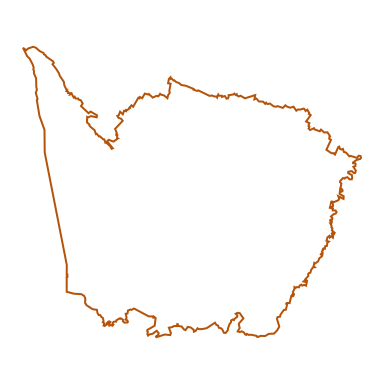 the district of Klaten, Jawa Tengah, Indonesia
{"feature_id": "22746128B24447956326165", "entity_name": "Klaten", "entity_type": "district", "adm_level": 2, "iso_a3": "IDN", "parent_name": "Indonesia", "parent_adm1": "Jawa Tengah", "projection": "robinson", "projection_center": [110.611, -7.675], "detail": "fine", "context": "isolated", "style": "outline", "palette": "amber", "viewbox_px": 384, "rotation_deg": 0, "n_neighbors": 0, "source": "geoboundaries", "source_scale": "gbopen_adm2", "svg_char_len": 5939}
<svg xmlns="http://www.w3.org/2000/svg" viewBox="0 0 384 384"><path d="M23.0,47.8L27.2,56.2L29.7,58.7L32.8,64.8L33.7,67.7L33.3,69.4L34.0,70.8L33.9,73.2L36.1,78.2L36.3,87.0L36.9,89.6L35.8,92.9L37.3,98.1L37.5,99.3L36.8,100.0L39.5,116.0L44.5,129.9L44.7,152.4L66.8,265.0L66.7,274.5L67.4,274.5L67.4,276.9L66.7,276.9L66.7,291.8L73.9,293.7L81.4,294.2L84.2,296.0L85.3,298.4L85.1,302.8L86.5,305.2L92.6,309.2L96.9,309.8L97.5,313.0L98.7,315.0L100.3,315.1L101.3,316.9L102.8,317.9L103.6,321.2L102.8,322.2L104.3,323.5L103.6,325.6L104.5,326.0L106.6,324.6L106.7,323.5L108.0,324.2L107.9,322.0L109.1,321.3L110.4,322.1L109.5,323.3L109.4,325.6L111.4,325.1L112.5,325.7L113.3,324.6L112.4,324.2L113.0,322.4L114.2,321.6L116.1,321.6L116.4,320.3L119.3,318.5L120.0,318.9L120.8,318.3L122.9,319.6L122.9,321.2L124.3,322.6L127.5,322.5L127.9,321.7L127.3,320.3L125.5,319.6L126.6,317.8L125.7,313.8L127.5,313.5L128.0,310.5L130.5,309.5L131.5,309.9L134.0,308.5L148.8,316.4L153.1,316.4L153.3,318.5L153.8,316.6L155.6,318.0L154.7,325.7L147.4,329.9L147.2,331.1L147.8,331.7L147.4,334.3L148.1,335.6L149.3,334.5L152.6,333.8L156.7,330.8L158.7,333.2L158.2,334.8L156.0,336.5L156.4,337.2L164.9,334.5L170.2,335.1L170.9,333.0L168.9,327.7L172.3,327.1L174.1,326.0L176.9,326.1L177.3,324.1L177.9,324.3L177.7,325.9L181.7,326.5L183.8,329.3L185.5,330.1L187.8,326.9L190.6,327.4L193.6,329.7L193.9,331.7L195.5,331.0L197.6,328.3L198.9,329.1L201.9,329.1L206.6,328.2L215.0,322.7L216.4,324.9L218.0,325.5L218.9,327.8L220.9,328.2L222.3,329.4L223.8,332.7L225.6,333.0L227.9,330.1L227.9,328.6L229.6,323.9L230.9,322.5L231.1,320.5L232.7,319.5L233.9,320.1L234.4,319.0L237.3,316.7L237.3,315.3L235.7,313.8L237.4,312.8L239.8,313.2L243.4,318.4L239.1,323.3L238.8,324.3L239.7,328.0L237.7,331.4L239.9,332.1L241.7,331.3L244.2,332.7L245.0,334.3L246.2,334.9L247.0,333.9L248.7,334.9L251.0,334.7L256.7,335.9L256.9,336.7L258.1,337.0L260.4,335.9L265.2,336.0L268.7,333.9L274.0,333.6L277.1,330.4L279.3,326.7L276.9,318.5L277.6,317.1L280.0,316.7L280.5,314.6L283.9,309.9L285.9,309.7L287.2,304.0L286.3,303.7L286.8,303.0L289.6,303.1L291.4,295.7L292.1,294.9L292.8,296.2L293.3,296.0L294.0,294.1L292.9,292.9L292.9,292.1L294.4,288.9L294.5,287.1L295.7,287.9L296.4,287.1L299.0,287.3L299.6,285.6L301.3,284.6L302.2,285.6L304.3,284.9L306.0,285.7L306.8,282.2L303.6,281.5L304.8,280.4L306.3,281.2L306.9,280.7L305.4,279.2L308.4,275.9L308.1,274.1L308.9,273.1L310.4,272.7L311.1,270.0L312.8,267.5L314.8,267.2L313.6,266.0L314.3,263.0L314.9,263.6L318.1,261.4L319.4,258.1L321.8,256.5L321.7,255.1L320.8,254.3L321.2,253.8L322.4,254.6L322.7,252.8L322.0,251.4L323.0,250.1L322.7,249.3L323.4,248.4L324.8,248.8L325.2,246.2L326.9,245.9L327.3,242.8L328.8,241.6L326.5,240.8L327.5,237.3L329.3,235.9L329.8,237.5L331.1,236.3L332.9,237.7L333.1,236.3L331.8,233.5L333.0,232.5L332.9,234.1L333.9,234.3L334.7,232.8L331.9,230.5L332.4,228.3L331.4,227.5L331.6,225.9L330.5,223.8L331.2,224.0L331.8,222.1L330.6,221.6L330.1,220.2L330.5,219.7L331.8,220.2L332.2,219.3L332.4,217.9L331.0,216.5L333.6,214.2L335.8,213.5L336.6,212.1L335.6,210.5L332.7,210.4L332.9,208.7L329.8,207.8L330.3,206.1L332.5,207.2L333.1,205.3L332.5,202.7L331.7,202.6L330.9,203.5L331.1,202.1L331.5,201.5L334.2,202.0L338.4,200.2L339.2,198.7L338.3,196.2L343.5,198.9L343.7,196.3L339.6,193.9L340.0,190.4L341.0,191.8L342.4,191.3L342.6,190.2L341.4,188.6L340.3,188.6L341.4,183.5L340.1,182.3L340.1,181.1L343.0,178.0L344.6,178.6L345.1,177.8L347.4,177.2L349.6,179.3L351.8,179.3L352.2,177.9L351.9,175.1L348.2,173.2L348.3,171.7L351.8,171.1L354.0,173.2L355.3,172.8L355.8,170.7L353.4,166.8L355.4,166.0L355.6,163.9L355.0,163.2L353.1,163.2L353.1,162.4L356.5,160.0L360.3,158.9L361.0,157.8L360.5,156.0L358.6,155.7L357.0,157.9L350.6,155.9L349.4,156.4L346.0,152.5L343.9,152.0L342.9,148.9L341.2,149.5L340.0,148.9L339.2,146.6L338.3,147.0L335.0,154.6L334.3,154.2L334.2,153.2L331.5,153.2L326.4,149.8L331.0,139.8L329.2,138.7L329.5,136.5L330.0,136.4L329.6,135.5L327.4,132.3L324.2,132.5L321.0,129.6L319.8,131.3L314.6,129.4L314.0,128.2L310.1,130.0L308.6,128.6L309.4,126.5L308.4,125.8L309.4,123.1L306.1,121.5L310.7,115.1L308.9,114.0L309.3,113.1L307.3,109.7L305.6,111.0L304.2,108.8L303.3,108.6L300.7,109.5L297.7,109.5L296.3,110.7L293.5,106.7L290.3,107.7L287.2,106.7L285.4,105.3L282.8,107.9L277.5,106.1L276.2,106.7L273.7,106.4L270.0,103.6L267.3,104.0L266.1,102.7L265.2,103.8L263.0,101.6L259.0,101.5L256.3,98.5L254.4,99.3L255.2,95.1L245.0,98.3L240.5,95.7L238.9,96.5L236.8,95.3L236.7,94.3L235.6,95.0L234.4,93.6L233.2,94.5L228.6,95.2L228.5,97.4L227.9,98.5L226.6,98.7L224.8,96.0L222.0,96.9L221.9,95.8L218.8,95.6L218.2,94.6L217.1,97.5L216.4,96.4L214.9,96.6L211.8,95.5L209.6,95.9L198.3,90.4L197.3,90.9L194.2,90.0L193.4,89.6L193.6,88.9L185.7,85.7L181.2,85.0L179.3,83.2L175.9,81.9L174.3,80.3L173.5,80.5L171.7,78.6L170.8,78.8L170.5,77.3L168.9,78.9L168.1,83.3L170.6,83.7L169.3,91.1L169.8,92.7L168.1,95.2L167.4,98.2L164.0,95.4L161.1,94.7L160.1,93.8L158.4,96.3L156.6,95.8L152.8,97.6L148.9,94.1L148.6,94.6L144.8,93.6L142.2,98.2L140.0,97.0L139.5,98.3L138.4,97.7L133.1,106.8L131.5,105.3L129.4,107.7L129.9,108.1L127.4,110.0L126.1,109.9L126.1,111.2L124.1,110.7L122.8,114.3L120.1,111.7L118.7,115.3L117.3,115.9L118.4,117.7L121.3,118.9L122.7,120.8L115.1,128.9L116.8,133.1L116.3,133.9L117.2,134.8L116.5,135.3L117.2,136.0L117.1,138.5L117.7,138.6L113.5,141.6L108.7,139.8L107.1,141.3L112.8,148.3L111.6,148.8L110.1,146.1L106.4,142.8L105.5,142.7L105.8,142.0L105.2,142.0L104.3,139.4L103.3,139.4L99.8,136.2L99.0,136.5L96.8,133.8L95.9,134.1L94.6,130.2L90.5,126.8L89.4,125.5L89.4,124.4L87.0,122.5L87.2,117.0L88.0,117.5L90.9,116.1L96.7,117.3L97.0,115.3L90.6,111.6L88.6,113.2L81.0,106.1L82.7,103.5L80.8,100.3L78.5,99.5L78.2,98.5L75.6,98.5L74.7,96.7L73.7,97.5L71.7,93.8L70.2,94.4L70.9,93.1L68.1,93.1L68.1,91.6L66.4,91.2L67.1,89.6L66.3,89.4L64.4,85.5L63.8,81.8L59.6,75.5L59.1,73.5L56.4,69.2L52.5,64.2L53.8,62.9L53.1,61.4L46.1,56.5L45.5,55.1L43.9,54.3L43.6,53.0L39.7,51.1L35.9,47.7L33.1,46.8L28.4,48.4L26.2,50.2L23.0,47.8Z" fill="none" stroke="#b45309" stroke-width="2"/></svg>